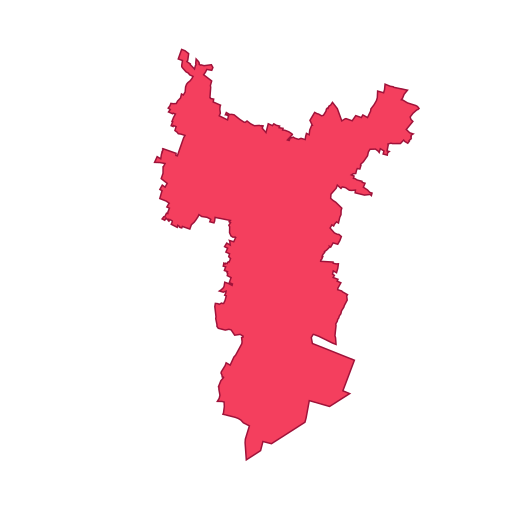 Valladolid, Yucatán, Mexico, rotated 15°
{"feature_id": "50627088B16380638770573", "entity_name": "Valladolid", "entity_type": "district", "adm_level": 2, "iso_a3": "MEX", "parent_name": "Mexico", "parent_adm1": "Yucatán", "projection": "robinson", "projection_center": [-88.128, 20.615], "detail": "fine", "context": "isolated", "style": "filled", "palette": "rose", "viewbox_px": 512, "rotation_deg": 15, "n_neighbors": 0, "source": "geoboundaries", "source_scale": "gbopen_adm2", "svg_char_len": 6081}
<svg xmlns="http://www.w3.org/2000/svg" viewBox="0 0 512 512"><g transform="rotate(15 256 256)"><path d="M366.0,382.3L382.1,364.7L374.8,363.7L378.0,331.2L333.1,325.9L330.5,320.4L331.5,316.9L332.2,316.8L337.4,317.3L352.4,320.3L356.2,320.7L354.0,314.4L352.9,312.6L351.3,302.5L350.6,300.9L351.4,298.0L351.3,296.1L351.9,294.7L352.0,292.2L352.9,289.9L352.8,286.8L354.1,282.6L354.1,281.1L355.5,275.0L353.9,271.0L354.4,269.7L348.8,268.2L347.8,267.6L343.6,267.4L343.4,265.9L344.9,259.9L340.9,259.3L341.2,257.3L336.1,256.8L336.7,254.4L334.6,253.7L334.5,250.4L338.1,251.3L338.2,246.7L337.6,242.2L335.5,242.9L332.4,243.0L332.0,241.9L319.8,244.4L319.6,243.2L320.2,242.4L320.6,240.3L320.1,240.0L320.6,239.1L320.0,238.9L320.2,237.3L321.4,234.7L321.0,234.1L322.7,232.0L324.3,229.2L324.8,228.2L324.5,227.7L325.8,228.1L327.1,223.4L331.9,223.5L333.0,219.4L333.4,215.1L330.5,213.7L328.9,214.0L325.7,213.4L320.3,209.8L321.2,206.3L323.2,206.9L323.7,204.6L325.0,202.2L327.1,202.8L326.9,196.9L327.4,194.1L326.4,189.9L326.5,187.6L319.1,183.4L316.0,182.4L313.2,181.0L312.4,176.9L315.9,169.8L316.2,166.5L320.6,168.7L321.4,166.9L324.8,166.8L329.1,168.3L331.5,167.9L335.0,166.6L335.4,169.3L345.0,169.1L350.3,167.0L351.8,167.8L351.8,165.2L349.4,165.1L346.5,163.3L341.9,161.8L342.5,157.5L339.6,157.4L339.0,156.4L334.0,156.4L331.4,155.6L330.0,155.8L330.0,153.4L327.1,153.0L328.6,151.4L331.0,150.5L330.9,147.1L331.2,145.3L333.8,145.1L333.9,141.3L333.4,141.2L333.4,140.2L335.3,137.2L337.5,131.2L337.8,130.3L337.6,126.5L338.5,123.4L343.8,121.8L346.9,123.1L348.2,124.1L348.3,120.2L352.4,121.4L352.4,124.6L356.7,124.6L356.4,122.3L357.6,120.6L355.4,120.6L355.0,114.8L354.5,113.7L357.1,112.1L358.8,112.1L366.4,110.0L368.6,105.8L370.2,106.9L373.4,107.8L374.4,105.4L374.0,105.1L374.8,103.4L375.2,103.3L375.5,101.9L374.7,100.8L375.0,100.4L374.6,99.2L376.2,97.4L372.6,97.2L368.4,94.9L372.7,85.4L370.3,84.0L368.9,81.8L370.7,77.5L373.5,73.3L374.6,72.5L375.3,71.3L373.3,69.8L371.4,69.3L362.7,68.9L357.2,67.3L356.0,67.4L356.7,65.6L357.2,61.5L359.4,56.6L345.5,57.4L344.8,57.0L341.7,57.3L336.2,56.6L337.1,62.1L337.0,65.3L330.8,65.2L332.2,71.7L332.1,74.8L330.9,79.3L328.9,84.2L329.2,86.4L327.9,93.4L322.7,92.1L321.9,95.0L316.0,94.6L313.9,100.5L307.4,100.0L306.6,100.4L303.9,103.3L296.4,92.6L290.1,87.8L289.0,91.0L287.7,92.3L287.3,94.9L286.6,94.7L286.0,95.9L286.1,98.0L284.7,102.7L283.0,103.6L279.7,102.7L278.0,102.7L275.5,102.1L273.0,111.0L276.5,115.1L276.0,115.2L275.3,120.4L276.0,125.1L273.0,124.5L273.0,127.8L273.4,130.8L269.0,130.7L266.9,132.3L262.8,132.1L261.2,131.5L259.8,132.6L258.5,132.7L258.2,135.8L257.3,135.9L256.3,135.8L259.7,129.3L259.1,128.7L255.5,127.5L251.6,127.1L249.1,127.4L249.1,125.7L245.1,126.1L245.2,124.4L241.8,124.5L239.0,123.7L238.1,125.8L233.6,125.1L233.7,134.2L228.9,130.9L229.2,128.5L227.9,128.6L227.9,129.0L225.4,129.0L220.7,130.6L216.3,129.6L212.4,127.9L211.0,129.7L209.7,129.8L205.1,128.3L198.3,125.3L195.8,125.5L193.9,126.1L190.2,125.1L189.9,127.5L191.9,127.0L191.9,127.6L193.2,127.6L193.3,131.9L184.2,130.1L184.6,127.3L183.1,123.7L182.6,120.9L182.7,119.5L174.8,118.3L174.5,115.4L171.5,115.6L171.0,115.0L170.5,115.0L168.6,104.9L167.8,103.1L167.9,98.4L158.5,94.5L159.6,91.6L160.2,88.5L165.2,88.1L165.6,85.1L163.4,82.8L156.6,85.6L153.6,85.6L152.8,86.0L151.3,85.3L151.3,84.4L150.2,83.1L147.2,81.2L147.9,85.5L148.5,86.8L148.2,88.0L148.2,91.3L143.0,88.2L142.9,87.5L138.9,86.1L139.4,84.6L138.6,78.0L134.3,76.1L130.7,75.7L129.9,85.8L134.4,86.2L134.9,91.0L135.3,92.4L136.5,93.4L140.7,96.2L143.2,96.8L145.1,98.2L148.7,98.8L148.2,101.1L147.0,103.9L145.3,106.2L144.5,108.0L144.2,110.8L145.1,116.0L144.1,119.3L142.1,118.8L142.2,122.9L140.1,126.7L139.6,129.3L136.7,130.3L134.3,130.6L134.0,133.3L132.9,135.9L135.3,136.7L134.2,139.5L138.7,140.2L139.0,139.5L141.4,139.7L140.5,143.5L140.0,147.8L140.8,147.9L140.3,152.1L142.4,152.4L142.4,151.4L145.3,151.7L145.2,155.8L147.7,156.8L149.3,158.0L151.9,157.7L156.2,157.9L155.5,160.7L154.1,179.6L152.6,179.6L152.2,177.5L138.2,176.4L138.1,176.7L138.8,177.0L138.2,179.9L138.6,180.0L138.3,182.1L138.8,186.8L134.8,185.6L133.8,191.8L139.0,190.6L144.2,190.2L143.4,194.1L143.2,194.1L144.8,200.2L144.4,205.8L151.4,208.8L150.4,213.0L147.1,211.8L145.9,216.6L148.3,217.2L148.2,225.4L155.0,226.2L158.5,227.5L158.0,228.7L157.2,231.7L160.0,232.2L159.5,236.3L159.8,237.8L158.5,237.8L157.7,241.7L156.8,241.9L155.7,244.5L158.6,245.1L159.3,242.7L160.5,243.5L161.9,243.2L161.9,244.4L162.9,244.9L163.6,243.1L166.0,243.8L166.3,244.8L165.9,247.3L172.5,248.7L172.5,246.6L174.6,247.4L174.6,247.9L175.5,248.1L177.0,248.1L177.2,246.5L185.1,247.1L185.5,242.5L187.5,239.4L188.5,237.0L189.8,233.1L190.2,230.8L193.3,231.9L198.6,231.3L200.7,231.7L202.8,232.3L202.5,234.9L206.8,234.9L207.0,233.1L206.5,229.3L222.0,228.3L221.2,229.9L222.8,230.4L221.8,233.3L223.0,234.6L224.4,240.3L226.6,243.1L228.8,243.8L231.0,243.1L231.6,243.3L230.8,248.0L226.3,247.9L226.9,248.7L228.3,252.1L224.4,251.1L223.2,255.1L226.6,255.8L225.9,260.0L229.9,260.7L229.8,263.7L232.1,265.1L231.6,268.7L231.0,268.7L230.3,269.4L230.1,270.8L228.3,270.9L228.2,271.7L226.8,271.2L227.0,274.3L229.5,274.3L229.2,278.2L232.5,278.5L232.3,279.7L233.2,280.1L233.3,282.4L237.5,283.3L237.1,288.6L240.5,289.1L240.5,290.6L237.1,289.8L232.6,289.4L233.0,293.4L232.8,294.9L231.2,297.6L229.7,299.3L233.8,299.4L236.2,297.7L236.4,299.7L235.9,302.0L237.6,302.2L237.6,307.1L237.0,310.2L236.3,310.5L234.8,310.4L232.9,312.3L231.6,311.9L229.0,312.3L229.3,315.5L233.1,325.1L233.3,326.9L236.1,332.5L236.5,334.1L238.3,335.6L245.5,335.5L248.8,333.8L251.1,333.8L255.9,338.0L261.0,335.8L264.2,336.7L264.5,337.6L263.2,338.5L264.7,342.3L265.0,344.4L262.0,357.0L260.8,359.3L259.3,368.1L254.8,366.9L254.6,369.7L252.5,376.7L252.5,378.1L253.8,379.6L254.7,381.6L255.9,381.4L256.1,381.7L254.3,385.7L253.6,391.9L253.9,391.9L254.8,394.7L257.2,399.8L257.3,403.0L256.3,406.4L260.8,405.3L263.0,405.3L264.4,409.8L265.2,415.9L265.0,417.4L277.8,417.2L280.8,417.5L283.7,418.3L287.0,420.4L293.6,421.8L293.1,435.6L293.8,439.2L299.4,455.4L310.8,442.8L310.7,433.4L319.5,433.3L346.3,403.9L346.3,399.4L344.9,381.9L366.0,382.3Z" fill="#f43f5e" stroke="#9f1239" stroke-width="1.5"/></g></svg>